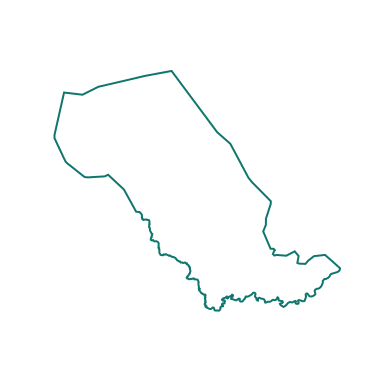 outline of Kala Balge, Borno, Nigeria, rotated 133°
{"feature_id": "59680162B27876975276040", "entity_name": "Kala Balge", "entity_type": "district", "adm_level": 2, "iso_a3": "NGA", "parent_name": "Nigeria", "parent_adm1": "Borno", "projection": "albers", "projection_center": [14.602, 11.905], "detail": "fine", "context": "isolated", "style": "outline", "palette": "teal", "viewbox_px": 384, "rotation_deg": 133, "n_neighbors": 0, "source": "geoboundaries", "source_scale": "gbopen_adm2", "svg_char_len": 5857}
<svg xmlns="http://www.w3.org/2000/svg" viewBox="0 0 384 384"><g transform="rotate(133 192 192)"><path d="M131.1,214.4L117.4,289.5L139.2,305.6L179.0,332.3L195.5,338.4L206.5,353.4L244.0,331.5L246.4,329.3L254.7,308.6L256.0,305.1L256.1,302.8L254.3,280.7L252.2,278.0L240.0,266.4L236.6,265.1L236.6,243.5L244.5,219.4L242.5,216.8L242.4,216.5L242.6,215.9L242.4,215.2L242.8,213.2L243.0,212.9L243.6,212.4L244.1,211.8L244.6,211.6L244.8,211.4L245.0,210.9L245.1,210.5L245.3,210.3L245.6,210.2L245.3,209.2L245.7,208.9L245.7,208.7L245.5,208.4L244.6,207.9L243.7,207.0L243.4,206.8L242.9,206.2L242.9,205.7L242.7,205.3L242.5,205.0L242.0,204.6L242.0,204.2L242.2,203.6L242.7,202.9L243.2,202.5L243.7,202.2L244.0,201.8L244.1,201.3L244.3,201.2L244.5,201.0L245.0,201.1L245.2,200.9L245.7,200.3L246.5,199.9L246.9,199.5L247.1,198.9L247.0,198.4L248.1,197.3L249.0,196.0L249.5,194.5L249.6,194.2L249.7,193.8L250.0,193.2L249.8,192.5L249.8,192.3L251.1,191.6L251.4,191.7L251.8,191.4L252.4,191.1L252.5,190.7L253.7,190.6L253.9,190.5L254.4,190.2L255.0,189.5L255.1,189.1L254.9,188.5L254.2,187.9L254.3,187.8L254.2,187.5L253.9,187.2L253.7,187.3L253.7,187.0L253.8,186.6L253.7,185.8L253.5,185.5L253.0,185.1L252.4,184.6L251.8,182.9L251.9,182.5L252.2,181.6L252.4,181.2L253.1,180.7L253.5,180.2L254.1,179.9L254.7,179.0L254.9,178.8L255.5,178.7L255.6,178.4L255.3,178.0L255.3,177.8L255.6,177.6L256.2,177.5L256.4,177.1L256.5,176.4L258.5,174.7L259.1,173.2L259.4,172.3L259.3,171.8L259.0,171.3L258.7,170.9L258.3,170.6L258.1,170.1L257.9,170.0L257.4,170.0L257.0,170.2L256.8,170.0L256.2,169.0L255.4,168.8L254.4,166.1L254.3,165.2L253.5,164.9L253.4,164.7L253.3,163.5L253.2,163.1L253.2,162.6L252.3,161.5L252.0,160.7L251.9,160.1L251.5,159.2L251.6,158.9L251.8,158.4L251.7,157.3L252.1,156.1L251.9,155.6L251.6,155.0L251.6,154.1L251.0,153.4L251.0,153.2L251.3,152.6L251.3,152.2L251.1,151.9L250.4,151.3L250.1,150.8L250.0,150.2L249.7,149.8L248.5,149.2L248.3,149.0L248.2,148.8L248.3,148.1L248.3,147.7L248.0,147.4L247.7,147.2L247.9,146.7L248.3,146.6L248.4,146.4L248.3,146.2L248.0,145.7L247.9,144.8L248.4,144.0L248.2,143.5L248.7,142.9L248.5,142.1L249.3,141.4L249.9,141.1L250.2,140.2L250.9,139.2L251.3,139.0L252.1,138.7L252.8,138.1L253.2,138.2L253.8,138.0L254.3,138.1L255.1,137.7L256.2,137.6L256.8,137.9L257.6,137.5L258.1,137.5L258.3,137.5L258.4,137.4L258.5,136.4L257.8,135.6L257.9,134.8L257.3,134.1L256.2,133.6L255.8,132.8L254.7,132.4L253.9,131.6L253.9,131.3L254.3,130.9L254.3,130.7L254.2,130.5L253.6,130.1L253.0,129.2L252.6,128.7L252.4,128.2L252.5,127.5L252.8,127.1L252.8,126.7L253.1,126.2L253.3,126.0L253.4,125.6L254.1,125.3L254.7,124.8L255.0,124.5L255.3,124.0L255.9,123.4L256.7,122.2L257.0,121.9L257.8,121.4L258.1,121.1L258.2,120.9L258.1,120.7L257.7,120.7L257.4,120.5L257.4,120.4L257.5,120.2L258.3,120.1L259.1,119.7L259.1,118.1L259.4,117.3L259.6,116.5L259.4,115.6L259.1,115.2L259.3,114.8L259.3,114.4L258.7,113.1L258.3,112.8L258.0,112.2L258.4,111.6L258.9,111.7L259.3,111.7L259.4,111.2L259.7,110.8L259.8,110.4L260.3,110.4L260.7,110.0L261.4,109.7L261.5,109.1L261.8,108.4L262.9,108.0L262.9,107.6L263.1,107.2L263.1,106.9L263.4,106.8L263.8,107.0L264.1,106.9L264.5,106.4L265.2,106.3L265.1,105.6L265.5,105.0L266.1,104.9L266.4,104.3L265.9,103.9L265.7,103.5L265.9,103.1L266.6,103.0L266.4,102.1L265.7,99.8L265.1,98.8L264.6,98.4L263.8,98.2L263.0,98.2L262.2,98.0L261.9,97.6L261.8,97.2L262.3,96.0L262.7,95.6L262.9,95.3L263.0,94.9L262.9,94.3L261.9,93.1L261.3,92.7L260.8,91.8L260.3,91.3L259.6,91.2L258.1,91.5L257.6,91.9L257.0,92.6L256.2,92.6L255.3,92.3L254.7,91.5L254.4,91.4L254.1,91.7L254.0,92.1L254.1,92.7L254.0,93.2L253.4,93.6L252.6,93.6L252.0,92.6L251.6,92.4L251.3,92.3L250.7,92.7L250.2,93.2L249.3,93.5L249.2,93.9L249.1,94.3L249.5,94.7L250.0,95.0L250.4,95.4L250.5,95.9L250.4,96.3L250.2,96.7L249.6,96.7L248.7,96.6L247.8,96.3L246.3,95.3L245.0,95.5L244.7,95.2L244.9,94.6L245.5,94.4L245.7,94.0L245.7,93.5L245.1,93.2L243.9,93.6L243.0,93.4L242.4,93.0L241.6,92.6L241.2,92.5L239.8,92.7L239.6,92.5L239.5,92.1L239.7,91.5L240.1,91.2L240.8,90.9L241.3,90.9L242.0,91.2L242.7,91.0L243.3,90.7L243.5,90.4L243.2,89.9L242.7,89.2L241.5,86.5L241.0,85.7L240.3,85.5L239.3,85.5L237.9,84.9L237.6,84.4L237.7,83.9L238.9,83.3L239.1,82.9L239.1,82.4L239.0,81.8L238.1,80.8L237.4,80.5L236.7,80.5L235.6,80.7L233.8,80.6L233.1,80.7L232.8,81.1L232.2,81.3L231.8,81.4L231.3,81.0L231.1,80.4L230.5,79.9L229.5,79.4L226.0,78.4L224.3,78.6L223.6,78.3L223.0,77.4L223.0,76.5L223.3,75.9L225.0,75.1L225.6,74.5L225.6,73.0L226.7,71.3L226.8,70.2L226.4,69.7L226.0,70.0L225.4,70.9L224.4,71.1L223.5,70.7L222.9,68.9L222.0,67.6L221.4,66.1L221.8,64.6L222.7,63.7L222.9,62.9L222.1,62.4L220.7,61.8L219.6,60.6L218.5,59.9L217.6,59.6L216.3,59.6L215.6,59.2L214.5,57.5L213.2,57.0L212.2,57.3L210.7,57.6L210.5,57.0L210.8,56.2L211.6,55.5L212.1,54.4L210.2,51.5L210.6,50.4L211.6,50.3L212.5,50.8L213.0,51.3L213.8,51.5L214.1,50.8L214.3,50.0L214.1,49.2L213.7,46.8L211.9,46.1L210.7,46.0L207.8,46.1L206.1,45.6L205.3,45.0L204.9,43.9L204.0,43.1L202.2,42.7L201.1,41.9L201.2,41.3L202.0,41.2L202.6,40.6L202.7,39.8L202.0,38.6L201.0,38.1L200.3,38.4L199.3,40.2L199.0,40.4L198.7,40.4L198.4,40.3L197.6,39.3L197.0,38.1L197.0,37.7L196.2,36.3L195.2,35.5L194.7,35.4L193.9,35.9L192.8,36.2L192.0,36.6L190.3,37.7L189.8,38.6L189.4,39.0L188.7,39.1L188.2,39.0L187.7,38.6L187.6,38.0L187.7,37.3L188.0,36.5L188.1,35.0L187.6,34.1L186.5,33.0L185.6,32.6L183.8,32.1L182.7,32.1L182.2,32.5L180.8,34.8L179.8,35.2L177.9,34.9L176.9,34.0L175.7,33.3L173.6,33.1L172.3,33.3L169.2,34.4L167.8,35.7L165.3,35.8L164.2,34.7L161.8,33.9L160.0,33.8L158.2,34.4L157.0,34.3L151.1,30.9L148.7,30.6L146.8,31.8L147.0,42.4L147.3,51.8L155.7,59.0L163.0,60.2L167.2,60.0L171.4,64.9L172.0,66.6L166.1,70.4L165.4,76.4L174.3,79.6L180.2,87.0L182.3,88.5L182.2,90.5L179.5,91.6L178.1,91.7L177.9,93.5L179.9,95.9L172.3,113.0L165.6,115.6L161.1,119.7L147.0,126.3L145.0,128.1L143.9,154.5L143.1,160.4L130.6,196.8L131.1,214.4Z" fill="none" stroke="#0f766e" stroke-width="2"/></g></svg>